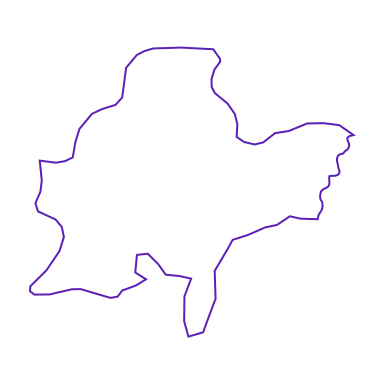 the district of Vagharshapat, Armavir, Armenia, rotated 276°
{"feature_id": "60910142B34420650241433", "entity_name": "Vagharshapat", "entity_type": "district", "adm_level": 2, "iso_a3": "ARM", "parent_name": "Armenia", "parent_adm1": "Armavir", "projection": "mercator", "projection_center": [44.272, 40.151], "detail": "fine", "context": "isolated", "style": "outline", "palette": "violet", "viewbox_px": 384, "rotation_deg": 276, "n_neighbors": 0, "source": "geoboundaries", "source_scale": "gbopen_adm2", "svg_char_len": 1588}
<svg xmlns="http://www.w3.org/2000/svg" viewBox="0 0 384 384"><g transform="rotate(276 192 192)"><path d="M86.7,132.9L93.3,146.2L100.4,155.4L106.0,144.0L123.7,143.8L126.0,154.4L116.8,165.9L107.0,174.5L107.1,188.1L105.8,200.2L87.4,195.4L62.6,197.7L47.8,203.6L53.6,217.7L69.9,221.8L88.4,226.6L115.9,222.8L137.3,232.6L148.7,237.5L155.2,252.3L164.5,268.6L168.1,279.9L178.1,291.9L176.8,302.6L177.6,314.0L178.1,319.9L178.6,319.9L182.1,320.3L184.3,321.2L187.1,322.6L189.6,323.3L192.8,323.2L195.7,322.5L197.7,320.8L199.7,320.0L201.9,319.8L206.0,320.2L208.1,322.0L209.4,323.7L210.5,325.6L212.0,327.1L213.6,327.7L216.5,327.6L220.5,326.9L222.2,327.0L222.9,330.8L223.2,332.9L224.4,335.4L225.7,336.3L227.2,336.7L228.9,336.2L231.5,335.0L235.2,334.0L237.7,333.0L240.5,332.7L243.4,333.4L244.8,334.9L245.5,336.7L246.1,338.3L248.6,339.9L250.4,342.1L252.4,343.1L254.7,343.5L256.9,342.9L259.7,341.3L261.9,340.8L263.8,342.3L264.7,344.5L265.5,346.7L273.9,331.4L274.2,315.6L272.2,299.4L262.7,281.7L259.2,268.4L248.8,257.7L245.8,249.3L247.2,238.5L251.5,230.6L264.3,230.0L274.1,226.4L283.8,218.0L292.6,204.6L298.4,200.6L306.3,199.6L316.1,201.5L324.5,206.4L327.4,205.9L336.2,198.2L334.5,166.1L330.7,138.4L327.1,129.8L322.5,122.8L308.6,113.5L278.7,112.7L270.7,106.9L265.2,94.1L259.3,84.3L243.0,73.5L228.7,70.7L213.9,69.8L209.4,62.4L206.9,53.6L207.3,37.3L187.6,41.4L176.3,41.2L164.5,37.4L156.6,40.9L150.4,59.2L143.6,66.2L133.8,69.3L119.5,66.4L98.7,55.3L81.4,41.1L76.4,41.2L73.5,46.1L75.2,60.9L82.7,82.6L83.8,91.4L80.5,109.2L78.2,122.1L80.2,129.0L86.7,132.9Z" fill="none" stroke="#5b21b6" stroke-width="2"/></g></svg>